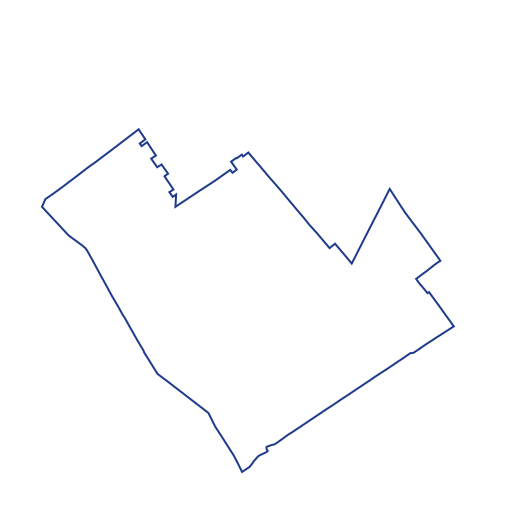 San Mateo Atenco, México, Mexico, rotated 145°
{"feature_id": "50627088B90901919246295", "entity_name": "San Mateo Atenco", "entity_type": "district", "adm_level": 2, "iso_a3": "MEX", "parent_name": "Mexico", "parent_adm1": "México", "projection": "robinson", "projection_center": [-99.543, 19.262], "detail": "fine", "context": "isolated", "style": "outline", "palette": "blue", "viewbox_px": 512, "rotation_deg": 145, "n_neighbors": 0, "source": "geoboundaries", "source_scale": "gbopen_adm2", "svg_char_len": 2540}
<svg xmlns="http://www.w3.org/2000/svg" viewBox="0 0 512 512"><g transform="rotate(145 256 256)"><path d="M182.3,86.3L173.0,86.2L170.8,86.2L166.1,86.1L156.4,85.8L153.7,85.7L151.7,85.6L134.3,84.9L134.4,86.1L134.4,88.4L134.4,92.0L134.5,98.4L134.6,104.9L134.6,108.4L134.6,111.1L134.7,114.0L134.8,117.7L134.9,123.0L134.9,123.9L134.9,125.2L135.0,127.2L136.8,127.2L137.6,137.5L137.8,137.7L137.9,140.8L138.0,145.4L130.3,145.7L124.1,145.8L116.5,146.3L111.7,146.5L107.8,146.3L107.7,149.5L107.7,152.2L107.8,155.0L107.9,164.9L107.9,169.3L108.0,175.4L108.0,179.4L108.8,200.7L109.0,206.1L108.7,215.3L108.3,226.6L108.0,234.2L110.6,232.9L114.1,231.0L125.7,224.8L132.1,221.4L139.3,217.6L162.6,205.2L177.0,197.5L179.3,196.3L181.9,194.9L182.4,201.4L183.0,207.8L183.6,214.2L184.2,220.7L187.8,220.5L190.1,220.3L191.2,220.2L191.8,226.8L192.4,233.4L193.0,239.9L194.4,251.0L194.9,259.1L195.0,260.3L195.9,269.4L196.5,276.9L197.3,285.8L198.0,294.7L199.5,308.7L200.0,313.2L200.3,316.5L200.5,319.4L200.8,322.0L201.0,323.9L201.1,325.7L201.6,331.0L201.7,331.3L202.8,343.5L202.9,345.2L209.5,344.9L209.5,347.2L215.7,347.1L216.0,347.6L222.3,347.6L222.2,337.8L227.6,337.7L227.7,341.3L246.4,341.2L263.8,341.8L293.8,342.5L287.8,350.1L286.2,352.2L290.3,352.2L290.3,358.0L285.5,357.8L285.2,373.8L280.8,373.9L280.9,385.1L286.0,385.4L286.0,386.9L286.0,395.9L280.4,395.7L280.1,406.3L279.9,411.7L286.6,411.6L286.7,414.8L279.7,415.0L279.5,427.1L292.1,426.6L298.3,426.3L305.1,426.0L312.8,425.7L318.3,425.5L324.3,425.3L327.3,425.2L332.4,425.0L335.0,424.9L339.6,425.0L347.4,424.7L353.4,424.4L362.9,424.0L367.1,423.9L373.5,423.6L387.6,423.3L395.9,423.4L403.1,419.0L397.7,380.3L392.5,364.9L391.6,361.7L391.2,359.8L391.2,357.4L392.4,345.9L394.1,331.3L397.0,305.1L397.8,294.5L398.9,284.4L399.0,280.4L399.8,272.9L400.6,264.8L400.7,263.4L400.8,262.9L401.4,256.4L401.5,256.0L401.7,252.5L402.4,242.9L402.9,241.3L404.3,216.0L402.2,209.4L400.0,202.8L399.1,199.8L386.6,159.9L385.0,154.7L385.9,148.9L386.9,142.0L387.1,140.6L387.4,137.7L387.4,135.3L387.6,130.3L387.7,126.6L388.5,109.6L388.5,108.0L388.7,105.2L388.9,103.5L389.7,97.1L389.8,96.8L391.0,88.6L391.3,87.1L391.0,87.1L387.0,87.0L382.4,86.9L379.7,87.6L378.0,88.2L375.1,89.3L369.5,90.6L369.2,90.7L367.1,90.6L361.0,89.5L358.3,89.5L358.1,91.0L358.0,92.0L356.8,93.6L354.1,92.9L351.6,92.2L348.6,91.0L340.6,91.0L332.0,91.2L327.1,90.9L286.8,90.1L277.8,89.8L269.8,89.7L263.4,89.5L250.0,89.2L245.9,89.1L241.6,89.0L237.2,88.9L227.9,88.8L212.8,88.3L201.3,88.1L193.2,87.9L185.4,87.9L182.3,86.3Z" fill="none" stroke="#1e3a8a" stroke-width="2"/></g></svg>